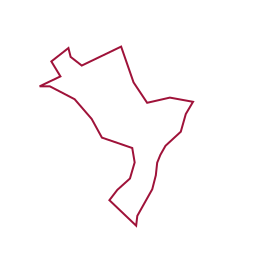 map outline of Garkalnes (orthographic projection), rotated 251°
{"feature_id": "LVA-5760", "entity_name": "Garkalnes", "entity_type": "Municipality", "adm_level": 1, "iso_a3": "LVA", "parent_name": "Latvia", "parent_adm1": "", "projection": "orthographic", "projection_center": [24.371, 57.025], "detail": "fine", "context": "isolated", "style": "outline", "palette": "rose", "viewbox_px": 256, "rotation_deg": 251, "n_neighbors": 0, "source": "natural_earth", "source_scale": "10m", "svg_char_len": 505}
<svg xmlns="http://www.w3.org/2000/svg" viewBox="0 0 256 256"><g transform="rotate(251 128 128)"><path d="M107.3,176.7L99.0,157.7L92.1,149.9L85.7,144.3L74.2,138.9L62.2,131.0L41.9,108.2L33.0,103.9L65.8,86.9L73.0,97.8L79.6,113.4L93.3,123.1L107.7,125.5L127.4,100.2L148.4,96.6L172.6,86.9L192.9,67.6L196.2,58.0L198.8,80.9L215.9,77.2L223.0,97.7L213.9,96.9L202.1,104.6L207.2,148.0L169.3,148.1L145.6,154.3L143.1,177.5L131.6,198.0L122.4,187.2L107.3,176.7Z" fill="none" stroke="#9f1239" stroke-width="2"/></g></svg>